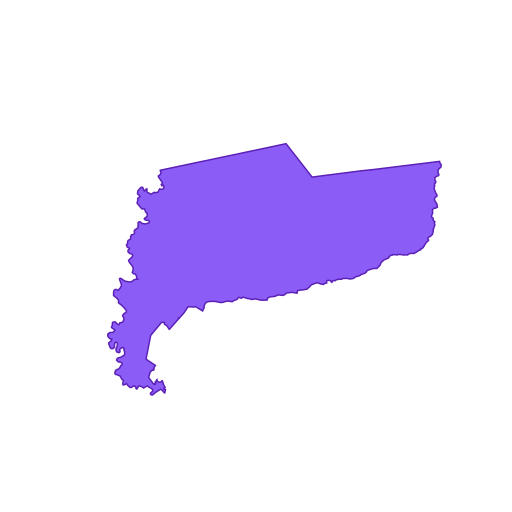 North West Guadalcanl, Guadalcanal, Solomon Islands (Albers equal-area conic projection), rotated 124°
{"feature_id": "97153195B50711658929087", "entity_name": "North West Guadalcanl", "entity_type": "district", "adm_level": 2, "iso_a3": "SLB", "parent_name": "Solomon Islands", "parent_adm1": "Guadalcanal", "projection": "albers", "projection_center": [159.864, -9.408], "detail": "fine", "context": "isolated", "style": "filled", "palette": "violet", "viewbox_px": 512, "rotation_deg": 124, "n_neighbors": 0, "source": "geoboundaries", "source_scale": "gbopen_adm2", "svg_char_len": 6137}
<svg xmlns="http://www.w3.org/2000/svg" viewBox="0 0 512 512"><g transform="rotate(124 256 256)"><path d="M380.7,298.9L364.0,297.2L362.3,295.2L362.5,294.6L363.4,294.1L363.8,293.4L363.6,291.2L365.3,286.9L365.1,286.8L351.2,285.0L350.9,285.7L350.6,285.6L350.9,284.9L343.4,283.9L336.0,283.9L332.9,278.7L331.8,278.1L331.4,269.5L327.5,270.2L326.6,271.1L323.6,271.5L322.1,271.2L320.5,270.1L318.2,267.1L316.6,264.6L314.2,259.0L312.9,257.5L310.0,255.2L309.0,253.9L307.2,250.2L304.7,249.0L302.5,247.4L300.4,247.4L299.7,246.8L299.3,244.6L298.1,244.3L297.3,243.5L295.9,239.0L294.8,237.2L294.9,236.5L294.5,235.3L292.4,233.1L291.5,231.8L290.8,229.5L289.6,226.8L288.0,224.4L287.4,223.8L286.7,222.5L285.9,222.1L285.0,222.7L284.1,222.7L282.4,221.8L281.2,220.6L279.4,218.3L278.1,217.2L276.0,216.0L273.5,211.5L272.1,210.6L270.0,210.1L268.9,209.3L267.2,207.1L266.2,206.2L263.9,201.2L263.4,201.2L262.3,202.2L261.5,202.0L260.0,200.8L258.1,198.4L255.0,195.2L254.4,195.2L252.2,194.4L250.4,194.3L248.5,193.7L244.4,190.8L243.8,189.8L242.7,185.9L241.8,184.1L240.4,183.7L238.9,182.3L237.2,183.4L236.6,183.3L235.9,182.7L235.1,181.4L234.9,180.3L235.5,178.6L235.0,178.3L233.6,178.5L232.9,177.8L232.2,176.5L231.0,176.2L230.1,175.5L228.3,173.5L227.6,172.2L225.9,171.2L223.4,167.5L222.7,165.5L220.7,163.2L219.2,162.3L217.7,161.9L214.4,159.1L213.9,158.8L212.6,158.6L209.6,156.2L207.5,155.5L206.4,155.7L205.3,155.3L201.6,152.5L199.5,150.1L199.1,149.2L198.3,148.7L194.7,148.0L191.8,148.5L190.1,148.4L189.2,148.0L187.9,147.8L183.6,145.1L183.0,145.3L182.6,145.0L181.4,145.1L179.7,144.3L178.9,143.4L178.5,143.5L176.5,140.3L176.2,139.5L175.5,139.4L173.6,136.4L172.5,133.9L171.7,133.1L170.3,130.8L169.7,130.9L168.9,130.5L166.9,128.8L166.2,127.3L165.1,126.1L164.2,126.0L163.7,125.4L162.9,125.3L162.2,124.8L159.9,123.9L159.3,123.2L158.3,122.9L157.9,123.3L157.5,123.3L156.4,122.4L155.5,122.1L154.4,122.3L153.7,122.1L153.0,122.4L149.0,122.3L146.7,121.6L146.1,122.1L145.6,123.2L144.6,123.6L141.4,122.2L139.2,121.8L138.6,122.3L136.6,122.7L135.1,123.9L134.3,123.9L131.6,124.8L130.2,125.0L129.1,126.5L127.6,126.8L127.3,129.2L125.8,130.0L125.6,130.5L125.7,131.9L125.5,132.3L123.6,133.2L121.6,133.5L119.0,135.6L117.2,135.3L115.7,133.7L114.0,132.9L113.5,133.5L113.1,133.8L111.6,135.3L111.6,135.8L111.3,136.0L109.7,139.6L107.5,140.2L106.3,140.0L105.5,139.4L104.5,139.9L103.9,140.5L103.5,141.8L101.4,144.9L99.6,146.7L97.9,147.0L96.6,148.4L95.4,148.1L94.2,148.2L93.5,148.9L93.4,149.8L91.3,151.3L90.5,151.4L88.5,150.6L87.7,149.8L87.0,149.6L85.9,150.2L85.5,151.2L84.5,152.1L83.0,153.0L81.3,153.0L78.8,152.4L76.9,153.4L76.4,154.2L76.0,155.7L74.9,156.7L118.4,206.7L126.5,216.4L159.2,253.6L146.1,293.9L238.4,383.3L239.6,382.2L240.0,381.3L241.5,380.8L244.3,381.7L245.0,381.1L247.5,374.6L248.6,374.3L249.7,374.6L250.4,373.2L249.2,372.4L249.8,371.3L251.1,370.5L252.3,370.6L253.1,370.9L253.7,371.9L254.2,373.4L257.4,373.1L258.3,373.2L259.7,374.9L260.2,376.1L263.6,377.6L263.6,379.5L264.0,381.2L263.7,382.2L262.9,383.0L261.4,383.9L261.9,384.5L264.5,384.7L264.5,385.2L262.5,388.2L262.8,389.2L263.7,389.8L267.9,390.4L270.6,389.1L271.0,388.2L271.0,386.6L271.4,385.6L272.1,385.5L273.7,386.2L274.9,386.1L275.7,385.2L278.0,384.5L278.7,384.1L280.8,376.9L280.6,376.4L279.5,375.4L279.3,374.6L280.8,372.8L281.4,371.6L281.4,370.1L283.7,368.5L285.4,368.8L286.6,369.4L287.7,369.4L288.0,368.4L287.7,367.1L286.5,364.5L287.0,363.7L288.2,363.2L291.2,365.5L292.7,368.6L292.5,371.3L293.4,372.3L294.4,372.4L295.6,371.3L296.7,371.0L297.8,369.9L298.8,369.7L302.3,371.1L303.5,370.9L304.4,370.0L305.4,369.4L307.0,369.7L308.0,371.1L310.4,370.7L311.0,370.0L312.0,369.5L314.6,370.7L315.5,370.6L318.1,369.3L319.2,369.7L320.5,368.1L320.6,366.8L320.3,365.6L320.7,364.9L323.0,365.3L324.3,364.1L324.5,362.0L323.8,360.0L324.4,358.6L325.1,358.3L326.4,358.3L330.7,359.2L331.3,358.9L332.6,356.1L332.9,354.4L334.2,351.5L336.6,350.0L338.9,349.3L339.2,347.5L338.5,346.2L338.8,344.9L340.1,343.3L341.4,342.2L341.5,341.4L341.9,342.1L343.9,343.8L346.8,344.7L348.4,346.5L350.2,350.9L350.1,355.1L350.4,356.1L351.0,356.5L351.9,355.8L354.7,351.9L355.8,351.0L358.6,350.6L359.6,351.0L361.3,350.8L361.7,351.5L361.7,352.8L362.3,353.8L362.9,354.2L364.3,354.4L365.7,353.8L368.3,352.1L368.6,350.9L368.6,348.8L369.1,346.5L370.0,344.7L371.7,343.9L372.0,339.9L372.6,336.4L373.8,333.0L374.7,332.3L376.0,332.4L377.2,333.1L378.9,333.5L380.2,333.1L381.7,330.3L384.8,329.6L386.1,329.9L387.0,331.1L387.7,331.6L389.3,331.2L389.8,331.6L390.0,332.5L389.3,335.8L390.6,337.5L391.8,337.7L392.4,337.1L394.3,336.3L395.8,336.1L396.2,335.2L396.2,331.7L397.1,331.3L399.4,332.0L401.4,334.6L403.0,334.8L403.3,335.2L405.0,334.4L405.7,333.3L406.2,331.2L406.0,329.9L405.4,329.2L407.5,328.7L410.2,329.5L411.0,329.2L413.6,325.5L413.8,324.4L412.9,322.9L411.9,322.5L410.5,322.5L408.9,323.7L406.6,324.3L405.7,323.9L405.6,322.3L406.3,321.7L408.9,320.6L411.3,320.2L412.5,319.2L413.4,317.9L412.9,315.8L412.3,315.2L411.4,315.2L409.9,316.6L408.9,316.7L406.7,315.7L406.1,314.6L406.1,314.1L406.6,314.1L407.2,313.2L408.1,312.5L409.2,311.0L411.6,309.7L415.6,311.5L417.6,313.4L419.1,313.7L420.3,313.4L420.8,310.9L419.8,308.9L419.7,307.7L419.9,306.8L420.7,306.3L422.1,306.7L424.9,306.5L426.2,306.7L427.8,307.7L428.4,307.7L429.2,308.5L431.7,307.8L432.5,306.9L432.7,305.9L432.2,305.2L431.5,301.5L433.2,298.3L433.2,296.3L436.2,295.2L437.1,294.4L436.9,293.6L435.7,292.6L434.2,292.1L435.1,289.4L435.4,287.1L434.9,286.0L432.0,284.7L431.6,282.5L431.9,282.1L432.5,282.0L433.1,280.8L432.9,280.4L429.0,280.4L428.2,277.6L428.3,275.3L427.8,275.2L424.5,273.5L424.6,271.5L424.3,268.6L424.7,266.8L426.0,266.1L428.6,266.8L429.1,266.6L429.6,265.9L429.6,264.9L429.1,264.1L425.1,262.9L420.0,260.7L419.7,259.1L420.7,255.7L420.5,255.1L417.3,256.3L417.2,256.9L417.9,258.0L417.3,258.3L416.1,258.3L415.7,258.0L414.5,260.3L411.9,263.8L411.9,264.2L413.5,264.4L414.7,265.4L415.0,267.3L414.7,268.2L413.9,269.0L414.6,269.1L415.4,268.7L416.7,269.2L417.4,268.5L417.7,267.8L418.1,267.7L418.7,268.5L419.0,268.1L419.4,268.4L419.4,269.0L418.6,271.7L416.8,277.0L411.6,278.8L408.4,278.2L408.3,277.3L407.2,277.0L406.5,277.5L406.4,278.1L403.0,278.2L403.0,289.5L380.7,298.9Z" fill="#8b5cf6" stroke="#5b21b6" stroke-width="1.5"/></g></svg>